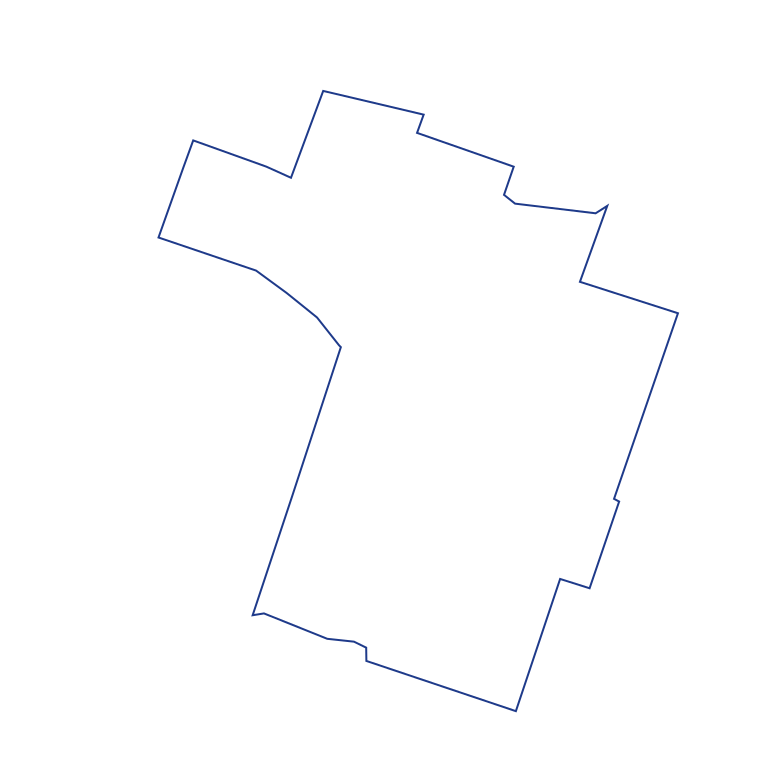 Ontario, New York, United States of America (Albers equal-area conic projection), rotated 109°
{"feature_id": "52423323B27260501944339", "entity_name": "Ontario", "entity_type": "district", "adm_level": 2, "iso_a3": "USA", "parent_name": "United States of America", "parent_adm1": "New York", "projection": "albers", "projection_center": [-77.313, 42.808], "detail": "fine", "context": "isolated", "style": "outline", "palette": "blue", "viewbox_px": 768, "rotation_deg": 109, "n_neighbors": 0, "source": "geoboundaries", "source_scale": "gbopen_adm2", "svg_char_len": 586}
<svg xmlns="http://www.w3.org/2000/svg" viewBox="0 0 768 768"><g transform="rotate(109 384 384)"><path d="M650.4,152.8L511.0,154.0L510.2,123.1L418.6,123.4L417.7,129.1L315.1,129.1L221.4,129.1L223.6,232.0L142.9,230.9L153.7,239.5L170.8,318.8L166.1,332.1L136.3,332.1L135.8,434.5L116.4,434.2L126.7,536.9L219.3,539.1L216.8,566.0L215.8,643.7L245.0,644.2L318.9,644.9L318.5,556.3L318.4,541.9L329.6,505.8L342.9,469.0L362.0,439.2L363.2,436.8L520.1,434.3L645.4,432.9L640.0,422.8L643.4,354.7L637.4,328.5L639.1,315.0L651.6,310.5L650.4,152.8Z" fill="none" stroke="#1e3a8a" stroke-width="2"/></g></svg>